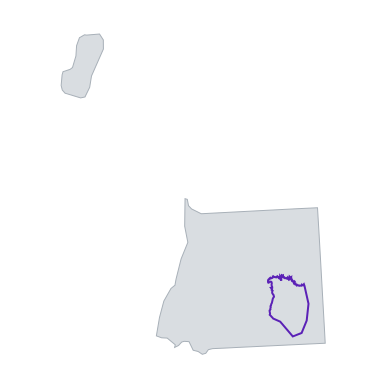 Aconibe, Wele-Nzás, Equatorial Guinea shown in context, rotated 357°
{"feature_id": "11065452B89932418637458", "entity_name": "Aconibe", "entity_type": "district", "adm_level": 2, "iso_a3": "GNQ", "parent_name": "Equatorial Guinea", "parent_adm1": "Wele-Nzás", "projection": "equal_earth", "projection_center": [10.91, 1.339], "detail": "fine", "context": "in_parent", "style": "outline", "palette": "violet", "viewbox_px": 384, "rotation_deg": 357, "n_neighbors": 0, "source": "geoboundaries", "source_scale": "gbopen_adm2", "svg_char_len": 5328}
<svg xmlns="http://www.w3.org/2000/svg" viewBox="0 0 384 384"><g transform="rotate(357 192 192)"><path d="M316.5,214.3L316.7,241.2L316.8,263.9L316.9,288.6L317.0,314.2L317.1,336.0L317.1,350.0L299.5,349.9L276.0,349.8L252.6,349.7L229.1,349.6L217.3,349.6L204.3,349.5L200.1,350.3L197.3,353.8L193.8,354.6L189.8,351.6L184.9,350.1L183.6,347.0L181.2,341.3L176.4,340.7L173.9,341.3L170.5,344.6L166.5,346.3L167.3,343.7L159.6,336.6L154.0,336.0L148.9,333.8L153.0,315.5L158.2,299.4L166.0,287.2L170.1,284.2L171.5,278.2L177.6,258.3L185.2,242.1L182.9,225.8L184.7,198.3L186.9,199.1L187.3,201.7L187.8,205.5L190.7,208.9L200.1,214.2L228.4,214.2L245.2,214.2L270.1,214.2L296.5,214.2L316.5,214.3ZM92.9,29.4L95.0,29.8L107.9,29.4L111.4,35.5L111.0,44.6L97.7,70.9L95.3,82.1L90.1,91.5L85.7,92.2L70.4,86.7L67.8,83.4L66.9,78.8L68.4,68.3L69.5,65.1L76.8,63.1L79.2,61.4L83.2,50.1L84.4,39.8L87.7,32.0L92.9,29.4Z" fill="#d9dde1" stroke="#a8b0b8" stroke-width="1"/><path d="M264.1,283.2L263.9,283.3L263.7,283.5L263.5,283.8L263.4,284.0L263.2,284.9L263.3,286.4L263.6,286.6L264.0,286.5L264.5,286.1L264.9,285.9L265.5,285.7L265.9,285.6L266.4,285.8L266.8,286.3L266.8,286.8L266.9,287.5L266.8,287.9L266.6,288.7L266.6,289.2L266.7,289.8L266.9,290.4L267.1,290.9L267.1,291.7L265.8,291.8L266.0,292.1L266.2,292.3L266.3,292.7L266.4,292.8L266.5,292.9L266.7,293.2L266.8,293.3L266.8,293.5L266.7,293.7L266.6,293.8L266.5,294.0L266.8,294.2L267.0,294.5L267.3,294.7L267.1,295.2L266.8,295.9L266.8,296.5L266.8,296.8L266.8,297.0L267.0,297.5L267.2,297.8L267.3,298.0L267.5,298.4L267.8,298.7L268.0,299.0L268.1,299.4L268.1,299.8L268.4,300.6L268.3,301.1L268.0,301.4L267.6,302.0L267.4,302.3L267.2,302.7L267.0,303.1L266.9,303.5L266.7,304.4L266.6,304.7L266.3,305.8L266.1,306.4L265.9,307.1L265.5,307.7L265.2,308.3L265.1,308.9L265.0,309.3L264.6,309.9L264.4,310.1L264.4,310.3L264.5,310.5L264.6,311.1L264.5,311.5L264.3,311.8L264.2,312.1L264.1,312.8L264.2,313.3L263.9,313.7L263.7,314.0L263.4,314.2L263.3,314.3L263.3,314.6L263.3,315.2L263.3,315.5L263.4,316.3L263.5,316.7L263.6,317.3L263.5,317.8L263.2,318.7L264.4,320.0L265.0,320.9L265.6,321.4L265.9,321.9L266.4,322.6L273.3,326.1L285.1,341.5L294.1,338.5L299.8,326.4L302.5,309.7L299.6,292.7L299.5,291.9L298.9,289.9L298.8,290.0L298.7,290.2L298.6,290.4L298.7,290.6L298.6,290.8L298.5,291.0L298.4,291.1L298.1,291.0L297.8,290.7L297.6,290.6L297.4,290.8L297.2,291.0L296.9,291.1L296.8,290.9L296.7,290.7L296.6,290.9L296.6,291.0L296.3,291.1L296.2,291.3L295.9,291.3L295.7,291.2L294.7,291.0L294.3,291.3L294.2,291.3L293.9,291.2L293.7,291.0L293.4,290.8L293.2,290.7L292.8,290.8L292.7,290.8L292.6,290.7L292.4,290.5L292.3,290.4L292.2,290.3L291.9,290.6L291.7,290.7L291.6,290.3L291.4,290.0L291.2,290.0L290.9,289.9L290.6,289.9L290.4,289.8L290.4,289.7L290.2,289.5L290.1,289.2L290.4,288.7L290.2,288.6L289.8,288.9L289.6,289.0L289.3,289.0L289.2,289.0L289.0,288.7L289.0,288.4L289.0,288.2L289.3,287.6L289.7,287.3L289.9,287.0L289.8,286.9L289.7,286.7L289.6,286.8L289.6,287.1L289.3,287.5L289.1,287.6L288.7,287.6L288.5,287.2L288.4,287.0L288.4,286.9L288.5,286.6L288.4,286.5L288.2,286.1L288.0,285.9L287.8,285.9L287.8,286.0L287.7,286.1L287.3,286.2L287.2,286.1L287.1,285.9L287.2,285.7L287.3,285.6L287.2,285.5L287.0,285.2L286.8,285.0L286.8,284.8L287.0,284.6L286.9,284.5L286.8,284.4L286.8,283.4L286.7,283.1L286.5,282.8L286.4,282.6L286.5,282.2L286.3,282.3L286.2,282.5L285.8,282.3L285.6,282.2L285.4,282.0L285.3,281.9L285.3,282.3L285.0,282.8L285.0,283.9L285.0,284.2L284.9,284.3L284.7,284.5L284.4,284.6L284.2,284.7L284.0,284.3L283.8,284.1L283.7,283.9L283.6,283.4L283.7,283.2L283.8,283.1L283.8,282.8L283.8,282.7L283.7,282.7L283.4,282.7L283.2,282.5L283.1,282.2L283.0,282.3L283.0,282.6L283.0,282.8L283.0,283.0L282.9,283.6L282.5,283.7L282.4,283.6L282.3,283.1L282.2,282.8L281.8,283.0L281.5,282.9L281.1,283.0L281.3,283.1L280.9,283.0L280.4,283.0L280.3,282.9L279.9,282.7L279.6,282.3L279.7,282.2L279.9,282.2L279.7,281.9L279.4,281.8L279.0,282.0L278.8,282.1L278.7,282.0L278.3,281.9L278.1,281.7L278.0,281.4L278.1,281.2L278.6,281.0L278.6,280.9L278.5,280.7L278.5,280.4L278.5,280.1L278.3,280.2L278.2,280.2L277.8,280.2L277.6,280.0L277.5,279.8L277.3,279.7L277.2,280.1L277.1,280.5L277.2,280.8L277.2,281.0L277.1,281.3L276.8,281.3L276.5,281.3L276.3,281.2L276.1,281.2L275.9,281.1L275.7,280.8L275.7,281.1L275.7,281.7L275.7,282.0L275.8,282.1L276.3,282.4L276.5,282.9L276.5,283.2L276.5,283.6L276.6,283.9L276.6,284.1L276.5,284.4L276.5,284.5L276.4,284.5L276.2,284.5L276.2,284.4L276.1,284.1L276.1,283.8L276.1,283.7L275.8,283.5L275.7,283.3L275.6,283.2L275.4,283.2L275.2,283.2L274.9,283.0L274.8,282.7L274.7,282.7L274.4,282.7L274.2,282.6L274.1,282.4L274.1,282.0L274.0,281.8L273.9,281.7L273.8,281.4L273.8,280.9L273.7,280.6L273.7,280.8L273.6,281.0L273.5,281.3L273.4,281.3L273.3,281.2L273.2,281.1L272.8,280.8L272.8,280.7L272.6,280.3L272.4,280.0L272.5,280.1L272.5,280.5L272.4,280.7L272.2,280.8L272.1,281.0L272.2,281.3L272.0,281.6L271.8,281.6L271.6,281.7L271.3,281.6L271.1,281.4L270.7,281.4L270.4,281.3L270.2,281.2L269.9,281.3L269.7,281.2L269.3,280.9L269.2,280.9L268.9,280.9L268.6,280.6L268.5,280.4L268.3,280.5L268.3,281.0L268.1,281.4L268.0,281.7L268.0,281.8L267.9,281.9L267.7,281.9L267.2,282.1L266.6,282.3L266.0,282.5L265.9,282.5L265.9,282.4L265.8,282.1L265.7,282.2L265.3,282.5L265.0,282.8L264.8,283.0L264.5,283.4L264.3,283.5L264.2,283.5L264.2,283.4L264.2,283.1L264.1,283.2Z" fill="none" stroke="#5b21b6" stroke-width="2"/></g></svg>